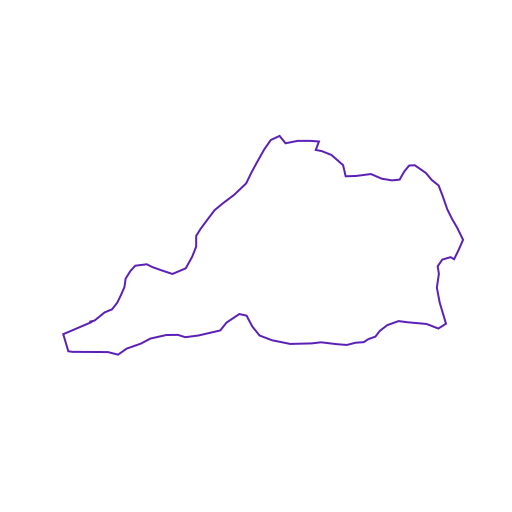 outline of Arvika, Värmland, Sweden, rotated 257°
{"feature_id": "70781695B82025139549560", "entity_name": "Arvika", "entity_type": "district", "adm_level": 2, "iso_a3": "SWE", "parent_name": "Sweden", "parent_adm1": "Värmland", "projection": "orthographic", "projection_center": [12.668, 59.764], "detail": "fine", "context": "isolated", "style": "outline", "palette": "violet", "viewbox_px": 512, "rotation_deg": 257, "n_neighbors": 0, "source": "geoboundaries", "source_scale": "gbopen_adm2", "svg_char_len": 1391}
<svg xmlns="http://www.w3.org/2000/svg" viewBox="0 0 512 512"><g transform="rotate(257 256 256)"><path d="M205.4,51.7L203.9,55.6L195.7,90.1L190.9,99.4L194.9,109.3L196.5,123.9L199.3,134.6L199.2,150.8L196.7,162.2L192.8,168.8L191.5,181.9L191.5,204.4L197.8,212.4L203.2,226.7L200.0,233.4L188.2,236.5L177.7,241.6L170.3,252.7L162.6,269.6L158.3,290.7L157.3,299.9L151.8,315.2L148.9,324.5L149.1,333.5L147.8,341.6L149.7,346.7L150.6,354.2L155.1,359.7L159.1,368.3L160.5,380.3L157.5,388.3L151.4,406.9L144.3,417.4L147.3,425.9L169.4,424.5L184.5,425.1L197.5,430.2L205.1,430.7L210.6,436.7L211.1,445.3L208.3,448.3L217.1,455.4L225.2,461.4L238.3,458.4L247.8,455.4L258.4,452.9L273.0,451.3L283.6,449.8L290.6,444.3L298.7,440.2L308.7,431.1L309.5,426.7L309.7,425.6L305.1,419.6L298.1,413.1L299.1,405.5L303.0,396.0L310.0,386.4L311.5,371.4L313.5,361.3L325.0,361.3L326.7,360.0L337.5,352.2L343.4,343.7L345.9,338.1L353.4,343.1L355.9,335.1L358.8,322.6L359.2,310.1L366.0,306.8L367.7,306.0L365.7,296.5L358.1,288.1L345.6,276.7L337.6,269.7L329.0,262.8L320.5,248.4L315.0,236.0L310.0,226.0L303.0,217.6L295.0,208.2L289.0,202.2L278.6,199.8L269.7,193.7L259.8,184.8L257.3,170.5L262.3,162.3L268.4,152.7L272.5,147.7L273.7,136.2L269.6,130.2L263.3,123.9L255.3,120.8L248.4,115.7L241.7,110.3L236.4,103.7L235.1,95.8L229.4,84.1L229.4,80.0L228.5,80.4L224.5,58.0L223.2,50.6L205.4,51.7Z" fill="none" stroke="#5b21b6" stroke-width="2"/></g></svg>